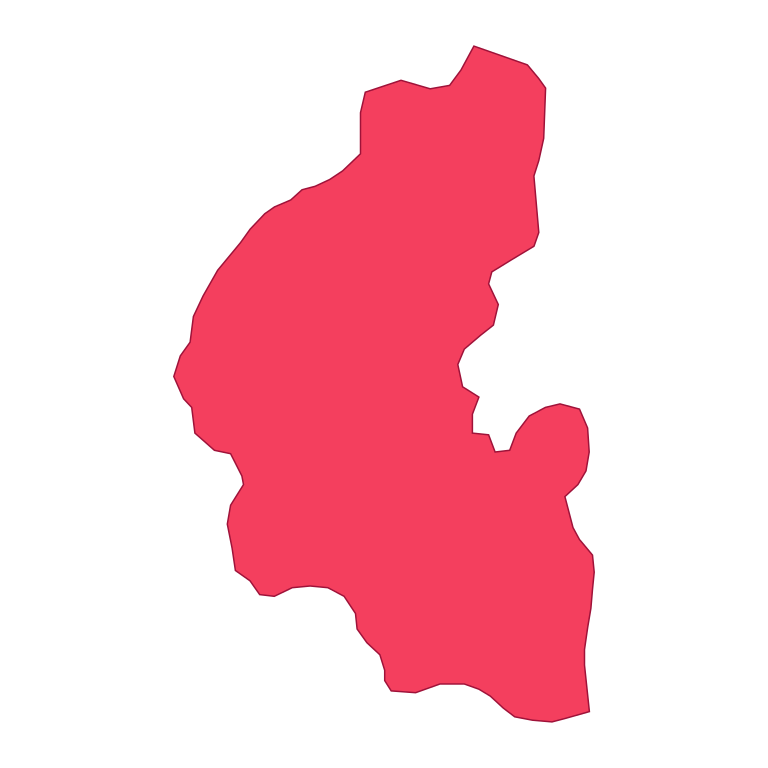 Yeongju-si, North Gyeongsang, South Korea
{"feature_id": "91817680B73468767289539", "entity_name": "Yeongju-si", "entity_type": "district", "adm_level": 2, "iso_a3": "KOR", "parent_name": "South Korea", "parent_adm1": "North Gyeongsang", "projection": "equal_earth", "projection_center": [128.61, 36.874], "detail": "fine", "context": "isolated", "style": "filled", "palette": "rose", "viewbox_px": 768, "rotation_deg": 0, "n_neighbors": 0, "source": "geoboundaries", "source_scale": "gbopen_adm2", "svg_char_len": 1370}
<svg xmlns="http://www.w3.org/2000/svg" viewBox="0 0 768 768"><path d="M473.9,46.1L461.0,70.0L449.6,85.4L430.2,88.8L401.0,80.3L365.3,92.2L360.5,112.7L360.5,135.0L360.5,153.8L342.6,170.9L329.7,179.5L315.1,186.3L302.1,189.7L290.7,200.0L274.5,206.9L264.8,213.7L250.2,229.1L240.4,242.8L217.7,270.2L203.1,295.9L193.4,316.5L190.1,342.2L180.3,355.9L173.8,376.5L183.6,398.8L191.7,407.4L194.9,433.1L214.4,450.3L230.6,453.7L241.9,476.0L243.5,484.6L230.6,505.2L227.3,524.1L232.1,548.2L235.4,570.5L250.0,580.8L259.7,594.6L274.3,596.3L292.2,587.7L310.1,586.0L327.9,587.7L344.1,596.3L355.5,613.5L357.1,629.0L366.9,642.7L379.9,654.8L384.7,670.3L384.7,680.6L391.2,690.9L415.6,692.7L439.9,684.0L464.3,684.0L478.9,689.2L490.3,696.1L503.3,708.1L514.7,716.8L532.5,720.2L552.0,721.9L565.0,718.5L589.4,711.6L584.5,665.1L584.5,649.6L587.7,627.3L590.9,608.3L592.5,589.4L594.2,572.2L592.5,555.1L582.5,543.1L579.5,539.6L573.0,527.6L564.9,496.6L577.9,484.6L586.0,470.9L589.2,452.0L587.6,428.0L579.5,409.1L560.0,403.9L545.4,407.4L529.2,416.0L516.2,433.1L509.7,450.3L495.1,452.0L488.6,434.8L472.4,433.1L472.4,414.2L478.9,397.1L462.6,386.8L457.8,364.5L464.3,349.1L480.5,335.3L493.4,325.1L498.3,304.5L488.6,283.9L491.8,271.9L511.3,259.9L534.0,246.2L538.8,232.5L533.9,176.0L538.8,160.6L543.7,138.4L545.6,88.1L538.8,78.6L527.4,64.9L473.9,46.1Z" fill="#f43f5e" stroke="#9f1239" stroke-width="1.5"/></svg>